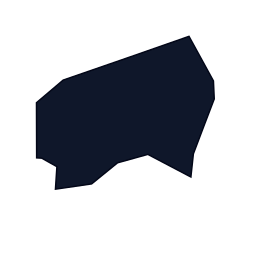 SVG path tracing the border of Aizkraukles, rotated 251°
{"feature_id": "LVA-5730", "entity_name": "Aizkraukles", "entity_type": "Municipality", "adm_level": 1, "iso_a3": "LVA", "parent_name": "Latvia", "parent_adm1": "", "projection": "albers", "projection_center": [25.215, 56.647], "detail": "fine", "context": "isolated", "style": "filled", "palette": "ink", "viewbox_px": 256, "rotation_deg": 251, "n_neighbors": 0, "source": "natural_earth", "source_scale": "10m", "svg_char_len": 361}
<svg xmlns="http://www.w3.org/2000/svg" viewBox="0 0 256 256"><g transform="rotate(251 128 128)"><path d="M129.5,31.9L181.7,49.7L194.4,82.3L194.5,152.1L194.8,215.5L144.7,224.1L127.4,219.0L104.7,200.0L82.3,181.4L61.2,171.5L96.6,138.2L98.5,106.8L87.0,75.4L93.8,39.5L114.6,48.2L127.6,36.6L129.5,31.9Z" fill="#0f172a" stroke="#020617" stroke-width="1.5"/></g></svg>